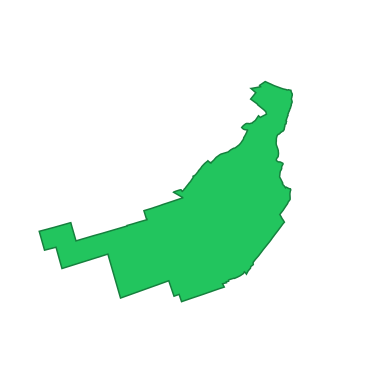 outline of Vacareni, Tulcea, Romania, rotated 219°
{"feature_id": "2599482B63018442913889", "entity_name": "Vacareni", "entity_type": "district", "adm_level": 2, "iso_a3": "ROU", "parent_name": "Romania", "parent_adm1": "Tulcea", "projection": "mercator", "projection_center": [28.218, 45.314], "detail": "fine", "context": "isolated", "style": "filled", "palette": "green", "viewbox_px": 384, "rotation_deg": 219, "n_neighbors": 0, "source": "geoboundaries", "source_scale": "gbopen_adm2", "svg_char_len": 5882}
<svg xmlns="http://www.w3.org/2000/svg" viewBox="0 0 384 384"><g transform="rotate(219 192 192)"><path d="M180.8,64.6L154.2,108.4L140.4,99.7L137.6,104.3L131.1,100.2L126.0,108.4L121.1,116.1L118.7,119.9L112.7,129.6L109.9,134.1L107.1,138.4L110.5,139.9L108.7,142.4L108.1,143.2L108.9,143.8L107.4,145.7L108.2,146.6L107.8,147.3L107.6,147.8L107.4,148.1L106.8,148.9L106.6,149.3L106.1,150.0L105.6,150.7L105.4,151.1L105.2,151.2L104.9,151.5L104.6,151.6L103.0,154.7L101.8,157.4L100.7,161.1L101.1,162.9L100.9,162.9L99.7,162.9L98.0,162.4L98.7,166.1L98.6,169.6L99.4,171.0L99.1,172.3L98.7,173.9L98.9,174.5L99.8,175.1L100.2,176.0L100.3,179.6L100.1,184.5L100.2,186.8L100.4,192.1L100.4,194.2L100.4,195.9L100.4,197.4L100.4,198.8L100.4,200.2L100.4,201.2L100.4,202.4L100.5,205.1L100.7,207.0L100.7,208.8L100.8,210.1L100.9,215.0L101.1,220.5L101.3,224.7L101.2,226.7L103.3,227.5L105.2,228.0L107.0,228.8L109.1,229.6L109.6,229.7L109.7,235.2L110.1,239.1L110.4,243.1L110.9,244.6L110.9,245.1L111.0,246.9L111.0,247.3L111.0,247.7L111.2,248.1L111.9,249.0L113.6,250.9L114.7,252.1L115.8,253.9L116.0,254.2L116.2,254.9L116.5,255.6L116.7,255.9L117.5,256.4L118.8,255.7L122.0,255.0L122.0,254.1L124.4,254.8L125.7,254.9L127.0,255.3L127.0,256.0L131.6,258.1L133.4,258.8L135.6,262.2L136.1,263.1L136.5,264.0L136.6,265.3L136.8,265.9L136.9,266.3L137.1,266.7L137.4,267.1L137.7,267.4L137.9,267.7L138.2,268.1L138.3,268.4L138.4,268.8L138.6,269.9L138.8,270.8L138.8,271.0L139.0,271.2L139.2,271.4L139.5,271.5L140.0,271.4L141.3,271.1L141.9,271.0L142.4,270.8L142.7,270.7L142.9,270.5L143.3,270.1L143.6,269.9L143.9,269.7L145.0,269.6L145.4,269.6L145.9,269.6L146.3,269.7L146.5,269.8L146.6,270.0L146.8,270.2L147.0,270.6L147.2,271.1L147.3,271.5L147.3,272.2L147.2,272.7L147.3,273.0L147.4,273.7L147.6,274.3L147.8,274.5L148.3,275.3L148.6,275.8L149.2,276.6L149.8,277.2L150.6,278.0L150.9,278.4L151.0,278.5L151.9,279.1L152.3,279.4L154.9,281.0L155.8,281.5L156.1,281.7L156.5,282.1L156.8,282.4L157.0,282.6L157.4,282.9L157.7,283.4L158.3,284.3L158.5,284.7L158.8,285.0L159.2,285.5L160.0,286.5L160.9,288.3L161.2,289.2L161.4,290.5L161.3,291.2L160.9,291.6L160.7,292.2L160.5,293.2L160.6,293.7L160.6,294.2L160.3,294.6L160.2,294.8L159.9,296.4L159.8,296.5L159.6,296.6L159.5,297.0L159.7,297.6L159.7,297.8L159.6,298.0L159.6,298.4L159.7,298.6L160.1,299.0L160.2,299.3L160.4,299.9L160.5,300.1L160.7,300.3L160.9,300.5L161.0,300.7L161.0,301.0L161.1,301.3L161.3,301.5L161.5,302.0L162.0,302.6L162.1,302.8L162.1,303.0L162.2,303.4L161.9,303.9L161.8,304.2L161.9,304.3L162.4,305.1L162.6,305.4L162.8,305.6L162.9,305.8L162.9,306.1L162.9,306.3L163.0,306.5L163.3,306.6L163.8,306.6L164.0,306.8L164.1,307.0L164.1,307.5L164.2,307.9L164.4,308.3L164.6,308.7L165.1,310.2L165.2,310.6L165.3,311.0L165.6,311.4L165.6,311.7L165.6,312.0L166.2,312.6L166.3,312.7L166.4,312.8L166.5,313.0L166.6,313.5L166.7,314.1L166.8,314.3L167.1,314.7L167.2,315.0L167.2,315.7L167.3,315.9L167.5,316.2L167.6,316.4L167.6,316.9L167.7,317.2L168.1,318.0L168.2,318.3L168.3,318.8L168.3,319.2L168.5,319.5L169.1,320.9L169.3,321.6L169.5,322.0L169.7,322.3L170.1,322.7L170.2,322.9L170.2,323.3L170.4,323.5L170.4,323.8L170.5,324.1L170.5,324.3L170.6,324.6L170.8,324.9L171.0,325.2L171.1,325.3L171.4,325.4L171.6,325.6L171.8,325.8L172.1,326.1L172.6,326.4L173.1,326.6L173.3,326.8L173.4,327.0L173.7,327.6L173.9,328.2L174.1,328.5L174.3,328.7L174.4,328.9L174.6,329.4L174.6,329.7L174.7,329.9L175.0,330.3L175.6,331.1L175.8,331.3L176.0,331.4L176.2,331.5L176.3,331.5L176.5,331.5L176.9,331.8L177.3,332.0L177.6,332.2L178.6,332.7L178.7,332.8L178.9,333.2L179.2,333.3L179.3,333.2L179.5,333.0L179.8,332.9L180.4,332.6L181.5,332.1L181.6,331.8L182.0,331.4L182.2,331.2L182.4,331.0L182.8,331.0L183.2,330.9L183.7,330.6L184.3,330.4L184.5,330.3L184.7,330.1L184.9,329.9L185.2,329.9L185.4,329.7L186.1,329.5L187.9,328.8L194.9,326.4L204.6,323.9L206.6,317.4L205.0,317.0L206.6,315.0L210.8,310.1L211.3,309.6L204.9,309.3L204.9,301.1L200.9,301.3L198.8,301.4L196.7,301.5L195.8,301.1L187.9,301.1L185.0,300.8L184.9,300.7L184.2,300.1L183.1,299.3L184.3,296.7L185.2,294.6L185.8,293.0L188.3,293.1L187.8,287.5L188.7,283.9L188.6,283.4L189.4,282.6L190.1,281.5L190.8,280.9L191.2,280.8L192.1,280.1L192.5,279.9L193.2,278.8L193.9,275.8L193.9,274.5L194.0,274.2L194.0,273.4L192.6,273.2L191.4,273.3L190.6,273.5L187.8,275.1L187.7,275.0L187.8,274.6L187.5,274.3L187.3,273.3L187.0,272.4L186.5,270.2L186.3,269.2L186.2,268.4L186.0,266.8L185.2,265.2L185.2,264.2L185.0,262.1L184.9,260.8L185.0,258.4L185.9,254.6L186.4,253.0L187.1,252.3L187.3,252.0L188.4,249.2L188.7,247.9L189.1,245.9L190.6,243.7L193.4,239.6L193.9,238.2L194.4,236.3L194.7,235.3L195.0,234.2L195.1,232.4L195.1,230.7L195.5,228.0L195.5,227.8L195.6,226.9L195.5,226.4L196.0,226.4L196.6,226.4L196.6,226.1L199.3,226.3L199.3,226.0L199.5,224.9L199.9,223.2L200.1,222.0L200.3,219.6L200.4,218.0L200.3,217.2L200.2,216.0L200.2,215.7L200.0,215.3L200.3,214.7L200.3,214.3L200.2,214.0L200.4,212.9L200.4,212.7L200.1,212.5L200.1,211.7L200.1,210.4L200.1,209.7L200.1,208.7L200.1,207.7L200.2,207.4L200.3,206.6L200.6,205.9L200.7,205.6L201.1,205.2L201.1,204.9L200.4,204.9L200.3,204.4L200.0,201.5L200.0,200.9L199.8,199.9L199.8,198.5L199.8,197.6L199.9,197.1L199.9,196.9L199.8,196.4L199.8,195.1L199.8,194.2L199.8,193.1L199.8,192.1L199.7,190.8L199.8,189.6L199.9,189.3L199.7,188.7L199.7,188.1L199.8,187.4L199.9,186.3L200.2,186.3L200.9,186.6L201.6,186.8L202.0,186.8L202.2,186.6L202.6,186.1L202.9,185.8L205.1,182.4L206.1,180.7L206.2,180.2L204.8,180.4L202.5,180.8L198.0,181.5L195.4,182.0L195.2,182.2L195.9,181.0L200.2,174.2L204.1,168.1L206.9,163.8L208.0,161.9L210.4,158.1L211.2,156.9L212.8,154.3L216.4,149.0L217.1,148.0L217.6,147.2L211.5,143.1L210.0,142.2L209.8,142.5L209.5,142.2L214.7,134.8L218.0,129.9L221.4,125.1L221.0,124.8L236.0,103.1L240.8,96.4L251.4,81.0L264.0,89.8L266.9,91.9L267.3,91.4L277.1,77.5L279.9,73.7L280.5,72.8L286.0,65.3L270.0,54.0L262.9,63.5L244.9,50.7L218.3,90.8L180.8,64.6Z" fill="#22c55e" stroke="#15803d" stroke-width="1.5"/></g></svg>